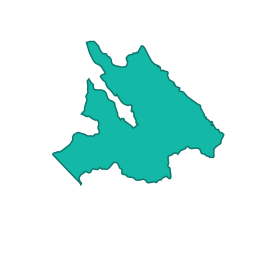 Cundinamarca, orthographic projection, rotated 128°
{"feature_id": "COL-1398", "entity_name": "Cundinamarca", "entity_type": "Department", "adm_level": 1, "iso_a3": "COL", "parent_name": "Colombia", "parent_adm1": "", "projection": "orthographic", "projection_center": [-74.139, 4.765], "detail": "fine", "context": "isolated", "style": "filled", "palette": "teal", "viewbox_px": 256, "rotation_deg": 128, "n_neighbors": 0, "source": "natural_earth", "source_scale": "10m", "svg_char_len": 5434}
<svg xmlns="http://www.w3.org/2000/svg" viewBox="0 0 256 256"><g transform="rotate(128 128 128)"><path d="M86.2,213.4L83.2,211.2L80.6,207.9L81.5,202.0L83.7,198.1L84.4,196.1L84.8,194.6L84.7,193.6L83.1,190.8L84.1,187.7L83.5,186.4L83.7,185.4L84.0,184.4L84.5,183.4L85.6,182.2L86.0,181.8L87.0,180.7L87.3,178.8L86.8,176.8L86.6,175.9L86.1,174.7L85.5,173.9L83.8,170.0L82.3,168.9L81.7,168.3L81.2,167.9L80.5,167.5L80.0,167.5L79.1,167.6L77.0,168.5L76.3,168.9L75.8,169.4L75.5,170.6L75.2,171.0L74.8,171.4L74.1,172.3L73.7,172.6L73.3,172.7L72.8,172.4L72.3,172.4L71.5,172.5L70.6,172.3L69.7,172.0L67.1,169.6L65.7,170.0L65.2,168.9L64.9,168.6L63.0,167.6L62.9,166.7L60.9,167.1L59.2,167.2L56.8,167.7L55.1,167.9L54.3,167.0L54.6,164.6L60.3,152.0L61.2,148.9L61.3,145.7L60.2,142.3L61.3,142.0L61.1,141.5L60.2,140.6L60.7,139.6L62.1,138.0L62.4,137.1L62.2,136.5L61.7,136.2L61.1,136.1L60.7,135.6L60.6,135.1L60.7,134.6L60.8,134.3L60.7,134.0L59.6,132.3L59.4,131.4L59.9,130.4L60.8,129.9L61.8,129.6L62.6,129.1L63.0,128.2L63.2,127.4L64.3,126.2L64.6,125.2L64.0,121.3L64.0,120.1L64.2,119.1L64.7,118.3L65.7,118.0L65.3,117.3L65.4,116.7L65.7,116.1L65.7,115.3L64.8,112.5L64.6,112.0L65.1,111.5L67.0,110.7L67.4,110.3L67.1,109.8L66.0,107.9L65.7,107.0L65.8,105.3L66.8,100.4L66.3,87.4L65.8,85.7L65.7,84.8L66.0,84.4L66.4,84.1L67.7,82.9L68.0,82.5L68.3,80.9L69.8,78.2L70.4,76.1L71.0,75.6L71.6,75.2L71.8,74.8L71.5,73.0L71.7,72.4L72.9,72.2L72.4,71.0L72.2,69.5L72.4,68.0L72.9,66.8L71.8,66.5L71.3,65.7L71.5,64.9L72.6,64.5L73.9,64.3L74.5,63.8L74.1,63.3L72.9,62.9L74.3,59.5L74.7,57.3L74.3,56.3L73.6,56.0L73.7,55.3L74.3,54.5L74.7,53.5L75.0,53.0L75.2,52.6L74.6,52.3L74.3,52.0L74.1,51.6L74.0,51.3L74.1,48.6L75.3,48.0L79.7,47.2L81.5,46.4L82.5,45.6L83.0,45.5L84.5,45.8L85.6,46.3L86.7,46.6L90.5,47.4L92.5,46.8L93.2,46.2L94.4,45.5L96.8,43.4L97.9,42.6L98.6,42.7L99.1,43.2L99.4,43.7L99.5,44.1L99.6,44.5L99.9,44.8L100.2,45.0L100.5,45.1L100.7,45.3L100.8,45.6L100.7,46.0L100.7,46.8L100.8,47.6L101.4,48.4L101.5,49.0L101.6,50.0L101.5,51.5L101.9,52.7L102.5,53.5L102.7,54.3L102.4,55.3L101.7,56.2L100.7,57.9L100.5,58.9L100.7,59.7L101.8,62.0L105.2,65.3L105.8,66.9L105.8,67.5L105.6,69.0L105.8,69.6L106.2,70.2L107.2,70.1L109.1,70.2L111.6,71.6L113.1,72.4L114.0,72.7L117.9,72.5L117.9,74.1L118.7,75.4L119.5,76.1L120.8,76.8L122.0,76.9L125.8,79.0L131.0,74.2L133.2,73.6L133.9,71.8L133.8,70.3L138.3,65.8L140.0,64.2L140.8,63.9L141.5,63.7L141.9,63.7L142.5,64.2L142.5,68.2L146.6,70.3L148.3,69.9L150.2,71.6L151.4,72.1L152.4,72.1L153.0,71.9L153.5,72.0L153.7,72.8L154.5,74.5L157.8,77.4L158.5,78.0L158.6,78.7L159.2,79.5L158.7,80.5L158.3,81.7L158.3,82.5L158.6,83.6L159.0,84.6L161.2,86.3L162.5,87.4L162.9,87.9L164.1,90.0L163.8,92.1L164.4,94.3L166.4,97.7L166.7,98.6L166.3,99.8L166.5,101.5L167.8,103.8L167.6,104.9L164.4,107.2L164.7,109.8L162.2,114.5L162.2,115.6L164.0,118.1L170.6,118.2L172.9,118.9L173.7,119.4L174.9,121.4L176.0,122.7L176.6,123.6L176.3,124.8L176.4,125.4L179.6,126.5L181.2,129.3L181.5,130.2L182.2,130.8L183.1,130.9L184.6,130.5L185.4,130.4L186.2,130.5L186.9,130.8L187.6,131.3L188.0,133.6L188.5,135.0L190.3,135.1L193.6,136.3L196.9,136.1L197.9,135.5L198.5,134.9L198.8,134.3L199.8,132.6L200.0,132.1L200.0,131.7L199.9,131.3L200.1,130.9L200.5,130.4L201.7,130.4L200.9,131.8L198.2,150.9L195.6,168.3L195.4,170.2L195.0,171.0L194.4,171.3L193.2,170.8L191.1,169.3L190.1,168.8L189.8,168.5L189.3,167.5L188.3,166.7L186.5,166.1L176.7,163.6L171.6,164.1L169.5,165.8L168.2,166.3L167.0,166.6L165.8,166.3L164.9,165.9L163.7,165.4L162.8,164.9L162.1,164.3L161.7,163.7L161.6,162.8L159.9,158.9L159.4,156.7L159.4,155.7L159.1,154.9L158.0,153.4L157.0,152.3L156.1,150.6L155.4,150.3L154.6,150.1L153.5,150.2L152.6,149.4L152.3,148.9L151.7,148.3L150.9,147.9L150.1,147.6L149.1,147.9L148.3,148.6L147.1,150.5L146.6,151.5L144.9,152.5L142.9,153.4L142.3,153.8L141.5,154.9L141.0,155.7L140.8,157.4L141.9,158.5L142.8,162.8L142.6,164.3L142.7,165.1L142.8,165.9L144.1,167.2L144.7,168.5L144.8,169.7L144.9,170.6L145.7,173.3L143.4,173.3L142.5,173.1L140.7,173.1L139.9,173.7L139.2,174.4L133.7,176.8L132.3,177.1L130.5,178.1L129.8,179.6L129.0,180.6L127.6,180.9L126.5,181.0L125.3,181.3L124.0,182.0L122.7,183.4L119.8,185.3L115.9,189.1L113.4,189.0L114.9,185.0L115.1,182.5L115.4,181.8L116.0,181.3L116.8,180.8L117.4,180.1L118.2,178.9L118.3,178.1L117.5,176.5L116.5,175.0L114.6,172.7L113.5,169.6L113.6,168.3L113.8,167.3L117.1,162.0L117.5,159.6L117.2,159.0L116.5,157.0L116.5,154.9L116.7,153.9L117.3,153.1L118.7,152.0L119.6,150.3L120.6,149.0L123.0,145.0L123.5,144.6L124.7,144.0L126.2,138.7L124.6,138.8L123.5,137.8L123.3,137.2L123.4,136.6L123.7,136.2L124.5,135.6L124.7,134.7L124.5,134.0L124.3,127.4L124.4,125.9L124.9,124.0L122.6,123.0L121.2,122.8L120.4,122.8L119.3,122.3L119.0,122.5L119.2,122.9L119.2,123.2L119.2,124.1L119.0,124.7L118.5,125.3L117.4,125.9L116.9,126.5L115.2,130.3L115.0,130.8L113.7,131.1L113.2,132.3L111.8,133.3L111.9,134.0L111.9,134.3L111.8,134.6L112.3,134.6L112.6,134.6L112.8,134.8L112.8,135.2L112.5,135.9L112.0,136.3L109.9,137.3L107.8,139.0L108.8,140.8L109.2,141.2L109.7,141.5L110.2,141.9L110.6,142.7L111.6,146.1L111.4,149.3L108.4,157.4L110.1,157.3L110.4,157.8L110.4,159.2L109.5,162.2L108.8,166.4L108.8,167.7L108.6,169.0L108.2,170.2L107.3,171.9L105.7,173.8L105.7,177.2L104.7,180.8L104.4,181.4L103.9,181.6L101.9,181.1L101.1,180.6L99.5,179.4L98.8,179.9L98.3,180.5L96.0,186.9L96.1,188.6L96.0,189.4L96.1,190.6L96.7,192.2L96.8,193.0L96.8,194.0L96.6,195.3L96.1,196.9L94.0,201.5L92.0,205.2L86.2,213.4Z" fill="#14b8a6" stroke="#0f766e" stroke-width="1.5"/></g></svg>